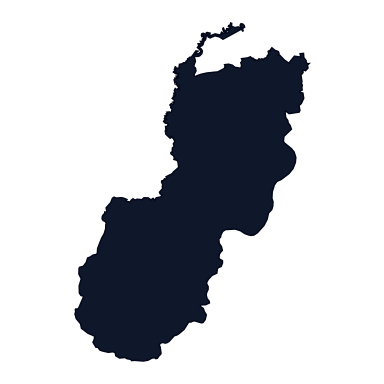 San José De Uré, Córdoba, Colombia (Mercator projection)
{"feature_id": "7082276B89146120642235", "entity_name": "San José De Uré", "entity_type": "district", "adm_level": 2, "iso_a3": "COL", "parent_name": "Colombia", "parent_adm1": "Córdoba", "projection": "mercator", "projection_center": [-75.56, 7.766], "detail": "fine", "context": "isolated", "style": "filled", "palette": "ink", "viewbox_px": 384, "rotation_deg": 0, "n_neighbors": 0, "source": "geoboundaries", "source_scale": "gbopen_adm2", "svg_char_len": 5865}
<svg xmlns="http://www.w3.org/2000/svg" viewBox="0 0 384 384"><path d="M267.1,219.3L268.5,213.0L271.7,209.6L272.7,206.4L273.0,201.9L271.9,198.4L272.2,192.0L274.3,185.0L276.8,181.4L281.1,179.5L289.0,173.5L293.0,168.5L295.3,162.6L295.8,157.4L294.1,152.0L291.2,148.5L284.4,143.0L283.4,141.3L283.9,136.4L291.4,129.1L290.0,125.4L288.2,122.9L287.7,120.4L285.7,117.6L285.0,111.7L285.5,110.9L289.1,113.6L299.1,112.1L299.9,110.3L299.0,105.6L301.3,103.5L303.7,98.3L302.9,93.1L300.2,92.3L299.9,91.1L302.2,90.0L301.8,87.9L302.3,85.1L301.5,83.6L301.9,81.3L300.9,75.1L303.0,72.7L302.6,71.5L303.0,70.9L304.8,70.1L305.5,70.7L308.0,68.0L307.4,65.1L309.0,63.6L307.3,63.7L306.1,62.2L306.1,60.6L303.8,57.6L303.5,53.4L300.1,53.7L300.8,57.1L294.4,56.2L288.8,63.2L284.2,59.9L279.5,55.0L278.5,55.1L279.0,53.2L278.2,51.5L275.0,50.4L271.9,47.8L270.5,49.6L270.5,50.8L269.2,50.7L268.2,51.3L268.7,54.0L267.0,56.3L266.9,57.6L264.3,58.4L263.1,59.9L262.0,58.8L260.2,59.4L259.0,58.8L257.5,60.6L255.6,59.8L254.7,60.6L254.3,59.2L252.1,58.6L252.6,58.2L251.5,57.9L250.4,56.8L247.7,57.9L241.5,58.7L242.3,60.9L240.8,62.7L241.6,65.4L240.8,68.3L234.9,67.3L232.3,65.2L228.6,64.2L224.6,64.7L225.6,67.1L224.7,67.1L224.4,68.4L223.6,68.9L217.8,71.9L206.9,73.0L201.0,74.3L196.8,75.8L196.4,76.5L194.3,76.1L194.0,74.7L196.0,70.9L195.4,68.0L193.6,66.4L195.4,61.2L194.2,56.3L198.2,56.4L199.7,55.8L201.8,53.7L202.4,51.0L201.2,48.9L199.6,47.9L200.4,46.1L201.7,45.9L203.0,44.6L204.0,41.1L205.5,39.8L206.2,36.3L207.5,35.2L208.3,37.0L210.1,37.9L214.9,35.8L219.3,36.8L223.0,39.2L240.7,29.5L241.6,29.4L242.6,31.0L243.1,30.8L242.5,28.4L244.6,27.2L244.1,25.4L242.7,24.0L241.0,23.7L240.2,25.1L240.4,26.3L241.5,27.5L240.9,28.1L238.2,26.9L234.9,27.6L232.4,26.6L231.5,26.1L231.7,23.4L230.7,23.0L230.2,24.9L228.7,25.6L228.4,26.4L230.4,26.6L231.0,28.2L229.1,28.1L228.3,28.7L229.0,31.6L228.3,32.7L226.3,33.2L225.6,32.6L227.5,30.3L227.4,28.8L226.7,28.7L226.2,30.4L225.0,31.1L224.4,30.7L223.5,28.0L222.9,28.3L222.8,29.2L224.4,33.2L222.6,34.0L222.3,32.5L221.6,32.2L220.9,33.7L221.3,34.6L220.7,35.1L215.0,33.9L210.4,35.8L209.7,35.0L210.1,33.2L207.2,32.5L206.4,32.7L205.8,34.6L203.4,33.3L201.9,33.7L201.4,35.4L202.0,36.7L202.9,36.2L204.6,36.5L203.3,36.7L204.2,38.7L203.0,38.6L202.4,39.2L202.4,41.4L200.5,41.4L201.9,43.5L198.1,43.8L198.8,45.7L197.4,47.5L201.0,50.7L200.5,52.3L198.6,53.6L195.8,54.2L196.1,52.7L198.0,51.2L196.0,50.9L191.3,57.2L189.7,57.3L189.3,58.9L188.6,58.2L187.7,58.7L187.5,60.3L186.0,61.3L186.3,62.5L183.6,62.8L181.8,63.9L179.5,64.3L179.1,66.5L179.5,67.4L178.4,68.2L176.8,68.1L176.0,68.6L175.7,67.0L175.3,66.8L174.3,69.8L175.4,71.1L173.5,71.8L173.5,72.3L176.3,72.6L175.4,73.5L177.5,74.2L178.6,73.7L177.9,75.8L176.2,76.2L177.2,77.3L178.4,77.4L176.7,78.7L176.3,78.0L175.4,78.0L175.9,78.6L174.8,78.8L174.1,79.7L174.9,82.9L175.4,82.0L176.9,82.8L176.1,84.5L177.4,84.8L177.2,85.6L178.2,86.5L178.8,85.3L179.3,85.6L178.7,86.9L179.5,89.4L178.0,88.4L177.0,89.5L175.9,89.2L175.1,88.0L175.2,88.9L174.3,90.5L175.3,92.9L173.9,93.2L175.4,95.7L174.6,95.9L173.8,97.0L173.5,96.3L173.4,97.1L172.2,98.3L174.3,100.2L174.4,101.8L172.9,102.2L173.8,103.1L173.4,104.1L172.6,104.3L171.4,103.5L169.9,105.0L171.0,106.4L170.7,107.8L172.2,108.7L171.4,112.0L170.6,112.6L169.2,111.9L167.0,112.2L167.4,112.8L166.7,113.5L167.5,114.0L166.5,114.2L167.2,114.7L166.6,115.6L165.0,115.9L165.5,116.5L164.9,116.8L164.9,117.7L166.1,118.9L164.5,118.9L165.2,120.4L164.2,120.6L163.6,121.5L165.2,123.1L166.8,123.3L168.4,124.5L167.1,126.3L165.6,126.5L165.8,128.7L167.0,129.1L166.7,129.9L165.7,130.1L165.3,130.9L165.8,134.1L170.0,138.1L170.7,138.0L171.2,136.4L171.7,136.4L172.6,138.0L173.8,138.3L173.7,139.2L174.9,141.4L173.4,143.8L174.2,146.6L172.4,147.9L172.3,151.8L171.0,152.4L170.8,153.1L171.3,154.2L173.6,155.7L174.4,158.0L173.9,159.4L176.7,160.2L177.9,161.5L178.7,167.4L173.3,172.1L172.3,173.7L166.1,176.7L166.6,178.2L166.2,179.0L164.5,178.8L163.5,180.4L161.8,180.9L161.6,182.3L162.7,184.3L162.3,187.0L162.8,188.3L159.5,192.2L160.1,193.8L161.9,194.7L160.9,196.9L156.3,197.8L154.9,200.2L153.1,198.4L151.0,199.9L148.2,197.9L143.9,197.8L141.9,199.7L137.2,199.2L135.1,200.1L133.0,198.8L131.3,200.1L130.3,201.7L129.5,202.0L126.1,201.2L126.0,200.5L126.9,199.5L123.6,198.1L121.0,197.7L116.5,198.1L114.1,197.2L112.5,198.2L110.7,202.7L106.1,207.8L106.9,211.7L106.4,212.2L104.8,212.0L104.7,213.6L103.4,214.6L102.4,216.3L102.1,218.9L103.1,220.5L104.9,221.2L105.9,222.5L106.4,224.1L105.8,224.8L105.7,228.8L104.2,233.8L101.7,238.1L97.7,248.3L97.3,253.3L96.5,254.4L93.0,255.1L90.3,257.0L87.6,258.0L86.3,262.4L83.3,266.4L79.9,267.2L79.1,268.2L78.9,274.0L81.3,278.8L79.2,285.9L79.4,293.1L81.0,295.5L83.1,295.9L83.4,297.1L78.7,308.1L77.3,309.2L75.9,308.9L75.3,309.7L75.7,311.7L75.0,314.0L76.3,318.6L80.6,323.8L81.5,328.3L88.1,333.3L94.6,336.1L94.4,339.0L93.0,342.3L96.0,347.3L97.6,347.0L100.0,350.1L102.3,350.9L108.2,352.3L113.2,351.7L115.5,353.1L115.7,355.7L119.6,358.0L125.1,357.5L127.0,358.7L130.5,359.3L131.7,360.6L134.6,360.3L143.3,361.0L148.0,360.2L152.1,358.0L154.8,357.8L155.8,358.6L157.3,358.3L159.4,355.3L160.5,354.5L161.0,353.2L160.1,346.9L159.3,345.4L159.7,344.0L160.8,343.0L163.0,342.4L165.0,343.1L166.9,342.7L169.1,341.4L174.2,335.7L176.8,335.0L178.9,333.7L184.0,329.4L188.7,322.0L191.0,322.0L192.8,321.0L194.9,320.9L201.4,322.8L203.0,322.5L205.1,319.7L206.3,314.8L204.3,311.6L203.3,308.5L200.5,306.6L200.4,305.5L201.4,304.8L205.5,304.7L209.4,303.0L209.2,301.3L207.1,298.7L206.2,295.3L206.5,292.8L208.1,289.4L208.1,286.6L206.5,283.5L206.9,281.9L208.3,279.4L211.9,275.4L216.8,273.1L217.3,268.9L218.2,267.7L221.1,266.5L222.5,263.0L222.4,260.6L219.7,259.3L218.9,257.5L219.3,254.5L220.4,252.4L222.3,250.4L221.4,246.6L219.2,243.3L218.9,239.9L218.9,238.9L220.6,237.0L220.9,234.9L222.7,231.4L225.5,229.6L235.2,229.0L240.5,230.7L244.9,233.6L248.6,234.9L250.9,235.4L254.0,235.0L257.5,232.6L264.0,225.4L267.1,219.3Z" fill="#0f172a" stroke="#020617" stroke-width="1.5"/></svg>